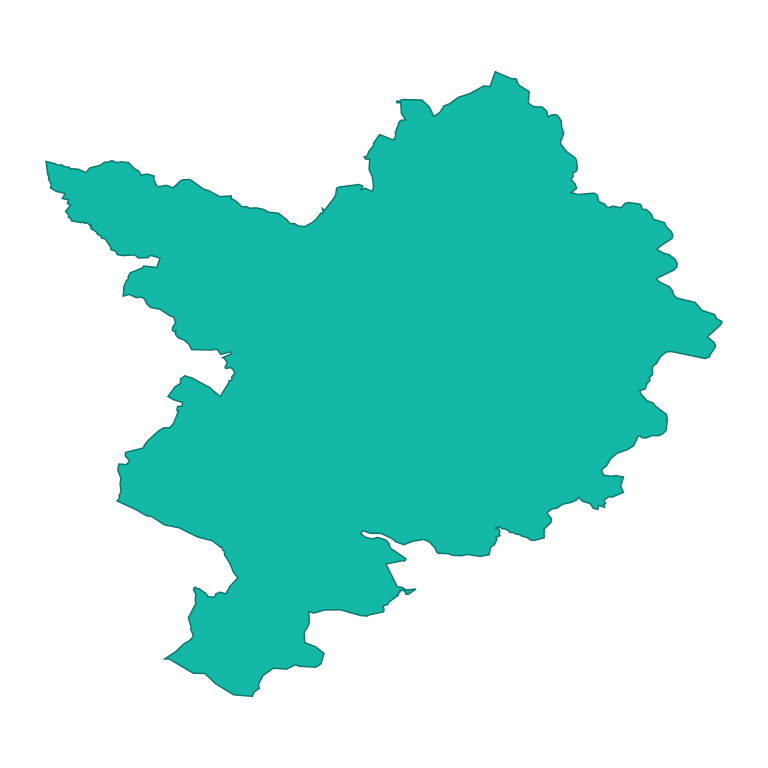 Dragu, Salaj, Romania
{"feature_id": "2599482B94978235506168", "entity_name": "Dragu", "entity_type": "district", "adm_level": 2, "iso_a3": "ROU", "parent_name": "Romania", "parent_adm1": "Salaj", "projection": "robinson", "projection_center": [23.405, 47.023], "detail": "fine", "context": "isolated", "style": "filled", "palette": "teal", "viewbox_px": 768, "rotation_deg": 0, "n_neighbors": 0, "source": "geoboundaries", "source_scale": "gbopen_adm2", "svg_char_len": 6081}
<svg xmlns="http://www.w3.org/2000/svg" viewBox="0 0 768 768"><path d="M259.3,688.3L258.4,684.6L262.8,675.6L273.3,668.2L286.6,669.1L295.1,664.8L298.9,666.2L315.9,667.2L321.0,663.8L323.9,653.4L315.7,646.8L304.7,642.6L304.3,631.9L307.2,627.8L309.3,622.3L308.8,611.6L313.8,613.1L324.5,610.0L340.6,609.8L360.4,615.5L367.1,616.1L368.9,614.9L383.5,611.8L384.0,609.9L383.1,605.9L387.9,604.4L388.9,602.1L398.4,595.1L397.1,594.7L400.2,591.7L400.0,590.0L403.7,590.6L406.5,593.8L405.3,594.1L408.0,594.4L416.0,589.1L406.1,590.0L402.1,587.4L397.3,586.8L385.9,564.0L403.6,560.5L404.5,561.1L406.0,558.8L390.4,548.2L388.5,542.8L385.7,540.1L377.9,537.4L372.4,538.9L365.8,537.4L360.8,533.9L362.6,530.5L370.2,533.3L381.0,533.4L392.3,538.7L395.7,541.7L403.9,544.7L412.1,541.4L423.6,539.4L429.4,542.0L434.5,547.3L436.9,552.3L438.5,553.3L447.9,553.6L452.8,555.4L461.7,555.7L467.6,554.4L480.1,556.4L489.1,554.7L490.9,546.7L494.4,544.7L496.9,539.1L496.1,537.1L500.0,535.7L499.1,534.0L499.7,532.3L499.3,529.5L497.8,528.3L495.8,529.0L495.7,527.7L500.4,526.9L501.4,528.5L506.6,529.4L510.3,532.6L514.0,532.6L515.6,534.1L519.4,534.5L522.0,536.2L527.0,537.4L530.9,540.3L534.2,540.4L544.1,537.8L544.1,529.1L551.1,522.2L551.2,518.3L547.4,513.9L547.2,512.5L552.1,508.9L556.5,508.3L562.8,504.2L571.6,502.3L576.8,499.8L578.9,497.2L582.4,501.3L589.9,503.4L593.3,508.2L597.8,509.3L598.6,505.4L604.6,507.3L604.1,504.3L605.6,503.5L604.5,501.7L604.6,499.6L609.6,496.5L612.2,497.1L623.4,492.3L620.6,485.9L623.5,477.1L615.9,475.6L611.3,476.2L603.7,475.3L601.4,469.9L606.7,465.6L610.2,459.3L617.0,453.2L627.4,449.6L633.5,445.9L638.2,436.2L640.3,435.8L641.5,437.6L645.5,438.1L652.3,435.5L658.4,435.8L662.6,433.9L666.1,430.4L667.3,419.4L666.3,414.3L655.5,406.3L653.1,403.0L646.9,400.6L641.2,394.4L639.6,390.5L645.1,389.1L647.1,383.5L649.9,380.6L649.2,377.6L652.6,374.5L652.4,367.9L653.3,365.8L656.4,363.5L660.7,356.4L666.3,352.0L671.5,351.5L705.1,358.5L709.5,356.9L710.1,354.6L714.9,347.8L715.4,345.4L714.0,342.4L707.4,336.9L720.3,325.1L721.9,322.4L721.6,321.3L716.7,318.8L714.6,314.5L702.2,310.5L695.0,302.4L676.9,298.1L673.5,294.8L672.6,290.9L669.4,286.8L659.3,282.0L656.7,279.2L657.6,277.8L673.6,270.2L676.8,267.2L677.1,263.5L675.1,259.4L669.3,254.8L664.0,253.4L656.8,249.5L659.0,247.1L672.0,238.4L672.8,235.8L671.5,231.8L666.8,227.4L664.4,222.7L653.5,219.3L650.9,213.5L646.1,209.4L642.3,209.3L640.9,204.8L639.8,204.1L628.0,202.5L624.8,203.5L621.0,207.8L612.9,206.2L607.5,207.9L604.8,204.2L598.6,201.5L597.3,195.2L594.3,193.1L577.8,194.5L571.2,192.6L576.6,188.3L574.9,183.6L571.0,179.8L573.2,176.2L572.7,173.3L576.7,170.8L577.2,167.5L576.5,160.4L574.9,157.7L566.3,151.4L560.6,143.8L560.5,141.8L563.7,133.6L561.5,126.4L561.2,120.9L558.1,116.1L555.7,114.6L551.3,115.1L548.0,116.9L546.6,111.0L542.2,107.1L533.5,106.7L528.4,103.1L529.2,91.6L519.5,85.6L517.1,82.2L516.6,79.2L513.6,78.4L512.7,79.3L495.2,71.7L490.1,86.5L483.7,86.0L469.8,93.6L458.2,97.4L449.7,103.7L444.0,105.9L439.9,112.3L433.8,116.6L429.4,107.1L422.0,100.1L403.7,99.5L401.2,99.8L400.6,101.1L396.8,101.1L396.8,102.6L400.8,102.9L401.4,113.5L405.7,119.9L400.6,120.4L399.1,122.3L395.3,132.7L395.7,136.0L394.1,139.3L391.8,139.5L379.7,134.6L373.6,143.0L373.3,145.8L368.6,151.7L367.4,155.7L364.1,157.1L365.8,159.1L369.7,159.1L369.1,169.6L372.2,176.4L373.3,183.9L373.3,188.7L372.3,191.5L365.1,188.3L361.0,189.8L362.7,185.9L358.6,184.5L338.5,187.2L336.6,188.3L335.7,194.9L333.6,198.5L324.6,210.3L322.3,208.5L323.3,211.8L322.7,213.3L321.2,212.9L316.2,219.2L311.9,222.8L304.8,226.6L298.0,226.0L295.2,223.8L289.8,223.4L287.0,220.0L278.3,213.2L268.5,212.2L263.5,209.4L256.2,207.9L249.7,208.2L246.3,206.5L242.2,207.1L235.3,200.6L231.5,198.8L231.2,195.9L219.7,196.7L209.0,190.7L203.8,189.3L190.0,179.5L182.9,179.8L180.3,181.1L173.1,187.8L166.2,185.3L158.5,186.8L156.8,185.8L153.8,180.0L154.1,176.1L147.5,174.1L140.5,175.1L139.2,171.4L134.4,168.7L128.5,162.6L121.1,161.8L116.7,162.7L112.0,160.6L107.6,162.3L104.9,162.1L100.2,165.3L89.7,168.0L86.0,172.6L78.3,169.2L70.2,168.7L69.3,167.2L65.3,166.9L61.3,164.9L57.1,165.2L55.7,163.9L46.1,161.5L47.7,174.3L49.3,177.6L48.5,178.0L48.6,179.3L51.3,184.4L50.6,188.0L56.3,191.4L65.2,193.5L62.3,198.5L68.6,199.8L67.4,203.5L70.6,205.1L65.5,211.5L68.5,214.6L68.5,217.6L70.8,218.3L71.4,220.9L81.2,222.6L83.9,221.9L84.4,223.4L87.2,222.7L89.7,225.1L91.0,225.0L90.3,226.7L91.6,227.0L91.0,228.7L96.1,231.7L97.7,234.6L100.4,235.5L101.8,238.4L104.9,238.5L110.5,247.0L111.0,249.7L115.9,251.2L117.4,254.7L123.0,255.6L134.9,254.9L138.4,258.0L148.3,257.6L149.1,256.1L151.4,255.5L160.1,258.2L156.7,267.5L143.6,266.0L142.8,267.8L130.3,272.8L128.1,276.9L128.6,278.5L126.3,280.8L123.9,286.7L123.2,296.1L129.3,294.4L136.2,297.6L141.6,297.1L144.5,299.0L146.9,304.0L150.4,307.4L159.8,309.2L170.2,315.9L173.7,317.0L175.5,322.8L172.5,327.8L172.4,330.3L175.0,332.1L175.7,331.1L175.5,334.5L178.6,338.0L184.1,340.0L189.2,344.5L191.6,349.6L211.3,350.0L217.1,349.1L220.7,354.4L230.3,351.9L231.7,353.7L222.7,357.6L224.3,358.2L227.4,362.8L225.1,366.9L225.5,368.4L231.0,367.6L233.4,370.0L234.8,373.3L231.8,376.8L231.7,380.3L229.1,380.8L228.6,383.0L220.1,396.6L209.8,387.7L192.4,378.2L184.9,375.8L180.4,379.1L180.5,383.4L175.0,386.8L168.0,396.5L173.1,399.5L182.6,402.6L182.0,406.3L177.6,406.4L176.9,410.5L178.6,410.7L173.6,423.2L169.9,427.6L163.8,427.8L158.4,431.0L148.1,440.5L144.1,445.5L143.8,447.8L125.5,452.5L125.3,455.9L129.6,460.8L126.6,464.5L118.8,464.1L117.8,470.1L120.9,478.2L120.1,483.4L121.0,492.0L119.1,495.6L119.4,498.3L117.1,500.9L136.6,509.9L146.6,515.8L151.9,516.6L164.3,524.8L179.1,527.8L198.0,537.1L212.4,540.8L220.5,547.1L221.5,546.6L222.8,550.1L224.3,551.2L224.7,555.2L229.6,562.7L233.7,572.7L237.9,577.7L230.0,586.3L225.8,593.9L220.1,592.2L216.1,593.7L214.5,597.3L207.3,596.4L206.7,594.2L199.1,588.7L197.0,588.8L195.3,587.1L193.9,588.1L193.6,590.0L195.8,593.9L195.3,601.0L195.9,603.3L188.3,618.0L191.1,626.6L190.7,629.0L193.2,635.2L192.8,637.2L188.8,641.2L184.2,643.5L175.8,651.6L164.7,658.9L169.2,659.0L193.2,673.2L204.8,673.5L216.0,684.0L233.7,694.8L252.3,696.3L254.2,691.9L259.3,688.3Z" fill="#14b8a6" stroke="#0f766e" stroke-width="1.5"/></svg>